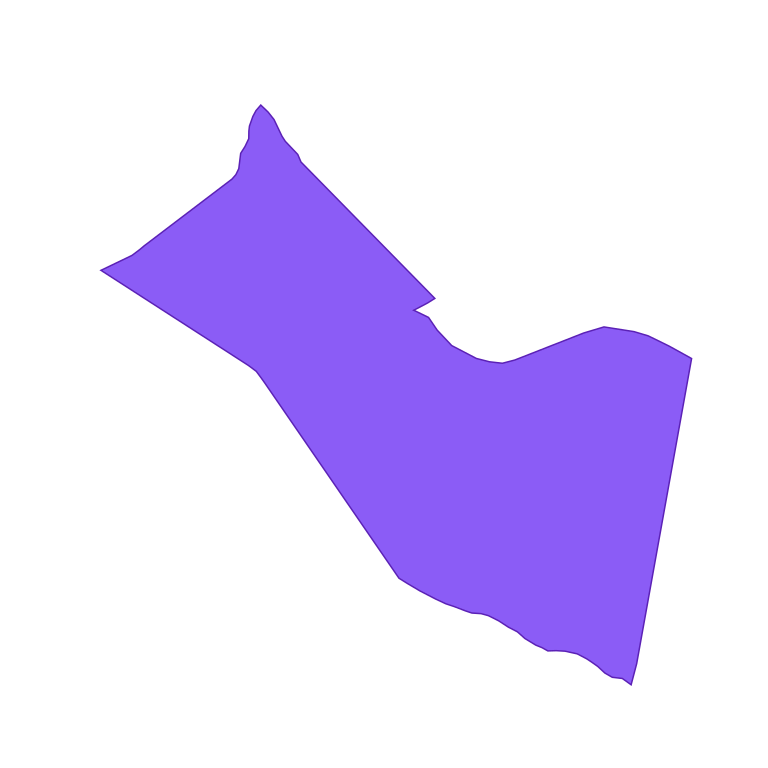 Junco do Maranhão, Maranhão, Brazil, rotated 280°
{"feature_id": "56859067B88031270249569", "entity_name": "Junco do Maranhão", "entity_type": "district", "adm_level": 2, "iso_a3": "BRA", "parent_name": "Brazil", "parent_adm1": "Maranhão", "projection": "robinson", "projection_center": [-46.119, -1.889], "detail": "fine", "context": "isolated", "style": "filled", "palette": "violet", "viewbox_px": 768, "rotation_deg": 280, "n_neighbors": 0, "source": "geoboundaries", "source_scale": "gbopen_adm2", "svg_char_len": 1010}
<svg xmlns="http://www.w3.org/2000/svg" viewBox="0 0 768 768"><g transform="rotate(280 384 384)"><path d="M130.7,679.6L152.4,681.4L462.5,682.5L470.9,658.0L477.3,635.8L479.0,621.1L478.4,590.7L468.9,571.8L430.3,508.6L425.0,497.0L424.2,484.1L425.2,470.5L433.6,444.0L446.3,427.0L457.3,416.3L461.8,400.5L471.4,412.9L477.1,419.2L588.2,263.7L595.1,259.2L605.8,244.7L610.3,240.5L625.3,229.8L631.7,222.6L637.3,214.2L631.1,210.5L624.8,208.4L614.7,206.7L609.7,207.0L602.1,208.2L593.8,205.9L586.3,202.8L570.9,203.6L564.5,201.8L559.4,198.7L478.4,123.8L474.2,120.3L466.9,113.5L446.8,85.5L378.7,247.3L374.3,256.0L369.5,261.1L364.6,266.1L195.3,432.5L191.6,441.7L186.4,455.5L181.1,472.5L178.3,483.0L177.0,491.8L174.7,503.6L173.7,510.3L174.7,519.5L174.0,527.0L170.7,538.0L166.1,548.8L163.1,558.4L157.8,567.0L153.2,578.8L151.8,585.4L149.6,591.7L151.3,599.9L152.3,608.5L151.8,621.1L148.6,631.2L146.3,636.5L143.0,643.5L137.7,651.7L134.8,659.7L135.4,669.8L130.7,679.6Z" fill="#8b5cf6" stroke="#5b21b6" stroke-width="1.5"/></g></svg>